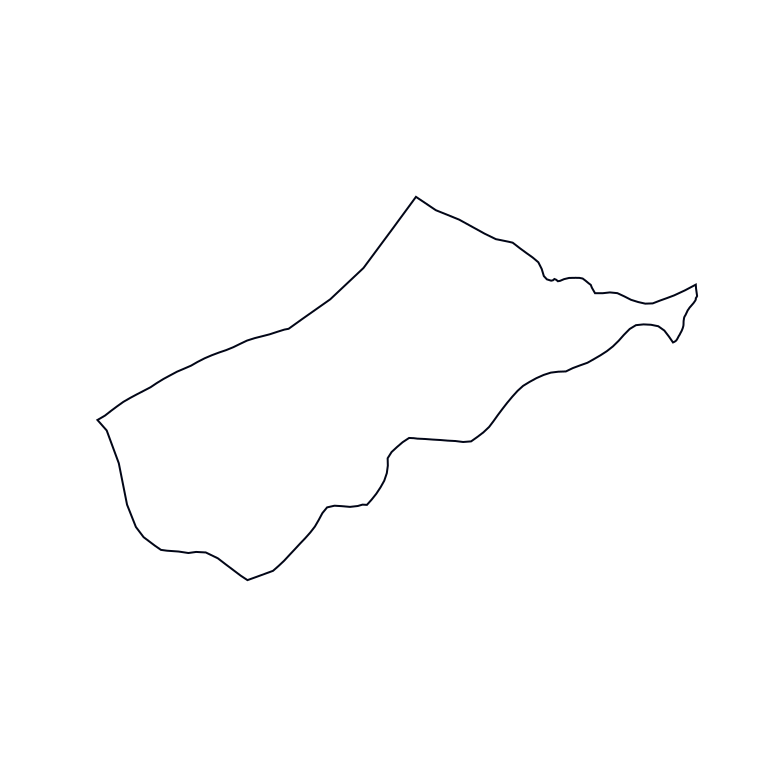 outline of Al Malah, Lahij, Yemen, rotated 127°
{"feature_id": "15242507B86745983179930", "entity_name": "Al Malah", "entity_type": "district", "adm_level": 2, "iso_a3": "YEM", "parent_name": "Yemen", "parent_adm1": "Lahij", "projection": "mercator", "projection_center": [44.861, 13.381], "detail": "fine", "context": "isolated", "style": "outline", "palette": "ink", "viewbox_px": 768, "rotation_deg": 127, "n_neighbors": 0, "source": "geoboundaries", "source_scale": "gbopen_adm2", "svg_char_len": 2782}
<svg xmlns="http://www.w3.org/2000/svg" viewBox="0 0 768 768"><g transform="rotate(127 384 384)"><path d="M622.8,375.0L614.7,369.7L600.0,360.2L592.8,358.7L585.2,357.4L577.3,356.6L570.0,355.8L562.0,355.0L554.4,354.1L546.9,353.5L539.4,353.4L531.9,354.3L524.2,355.5L516.8,355.2L511.0,350.3L506.9,344.1L502.6,337.2L497.2,331.5L493.3,328.6L490.8,324.9L483.8,324.3L476.3,324.1L468.5,324.6L461.1,325.6L453.5,328.1L446.9,331.8L441.1,336.4L433.7,337.0L426.6,335.7L419.3,334.1L412.0,331.5L409.4,327.7L407.5,324.4L403.2,318.1L398.9,311.4L394.7,305.1L390.8,298.9L386.6,292.7L382.7,285.9L377.4,279.9L370.2,277.6L362.7,275.5L355.0,274.2L347.4,274.2L340.0,274.4L332.3,274.4L324.9,274.3L316.9,273.9L309.1,273.2L301.8,271.8L294.7,269.0L287.6,265.8L280.6,261.9L274.5,257.6L269.2,252.1L264.5,246.3L257.7,242.8L251.1,238.6L244.6,234.3L237.7,231.3L230.8,228.4L223.7,225.8L216.2,223.8L208.2,222.6L200.5,222.0L192.2,220.9L185.4,218.2L180.2,212.6L176.0,206.4L172.8,199.7L172.6,192.3L174.6,185.1L176.9,178.2L175.8,177.6L174.6,177.1L173.9,176.9L172.8,176.8L171.6,176.9L169.6,177.2L169.2,177.3L167.8,177.5L167.1,177.5L165.9,177.7L164.9,177.9L163.4,178.1L162.3,178.3L160.8,178.7L159.7,179.0L158.4,179.5L157.4,179.9L156.4,180.5L155.4,181.2L154.3,182.0L153.1,182.8L152.1,183.3L151.1,183.9L149.9,184.4L148.8,184.6L147.6,184.7L146.1,185.0L142.3,185.8L141.3,185.8L140.8,185.8L139.6,185.9L138.3,185.9L138.1,185.8L137.6,185.8L134.6,185.6L133.1,185.5L130.0,185.6L128.8,185.9L128.3,186.2L127.9,186.6L126.3,186.7L125.3,186.9L120.0,192.2L117.0,194.8L128.1,200.0L138.6,205.6L144.9,209.6L151.3,213.8L157.9,217.9L162.6,223.7L165.6,230.4L168.1,237.4L169.4,244.8L171.0,252.3L174.9,258.7L179.9,264.0L184.5,270.1L182.0,275.9L180.4,278.5L180.4,281.1L180.2,285.2L180.2,288.8L181.6,291.7L183.9,294.9L184.7,295.9L187.9,300.0L191.9,303.3L195.7,305.5L197.3,307.0L197.1,309.1L197.6,311.1L199.5,311.5L200.9,312.7L202.4,316.9L201.6,321.3L197.2,327.3L193.9,334.0L193.5,341.4L193.7,349.2L193.8,356.8L193.7,364.7L193.7,366.3L195.3,369.9L200.1,380.0L201.0,381.8L203.4,394.2L207.5,422.9L214.0,447.2L215.3,471.1L229.4,470.9L247.0,470.7L253.1,470.6L303.7,470.2L348.7,477.9L381.3,488.4L397.3,493.4L400.5,496.3L406.5,500.6L413.1,505.2L419.0,509.9L425.1,514.8L431.7,519.5L438.6,523.1L445.3,526.5L452.0,530.5L458.0,534.6L464.6,538.8L471.4,542.7L478.6,546.2L485.4,549.1L492.1,552.9L498.7,556.7L505.6,559.9L512.8,563.2L520.2,566.1L527.1,568.5L533.8,571.7L541.1,575.2L547.8,578.3L555.1,581.4L562.4,583.7L569.6,585.8L576.7,587.7L577.1,587.8L583.8,590.6L585.2,591.2L588.0,577.5L606.9,548.1L635.0,516.6L647.5,496.1L651.0,483.8L651.0,476.1L651.0,469.7L650.7,462.3L647.8,457.1L641.4,447.2L636.7,438.5L631.2,433.0L626.5,426.0L625.8,425.0L623.2,411.8L623.3,402.1L623.3,389.2L623.3,383.1L622.8,375.0Z" fill="none" stroke="#020617" stroke-width="2"/></g></svg>